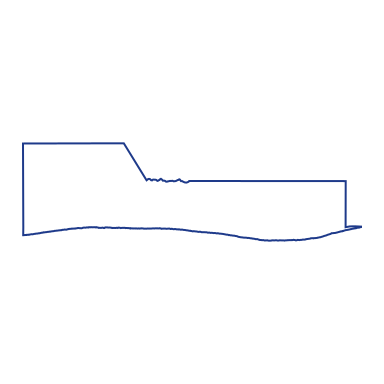 Monte Hermoso, Buenos Aires, Argentina (Albers equal-area conic projection)
{"feature_id": "61730980B48665369642836", "entity_name": "Monte Hermoso", "entity_type": "district", "adm_level": 2, "iso_a3": "ARG", "parent_name": "Argentina", "parent_adm1": "Buenos Aires", "projection": "albers", "projection_center": [-61.254, -38.957], "detail": "fine", "context": "isolated", "style": "outline", "palette": "blue", "viewbox_px": 384, "rotation_deg": 0, "n_neighbors": 0, "source": "geoboundaries", "source_scale": "gbopen_adm2", "svg_char_len": 5905}
<svg xmlns="http://www.w3.org/2000/svg" viewBox="0 0 384 384"><path d="M23.0,143.5L23.3,227.6L23.2,235.2L23.7,235.2L24.0,235.0L24.8,235.1L25.3,235.0L26.6,235.0L26.8,234.8L28.4,234.8L28.5,234.7L29.0,234.8L29.7,234.6L30.1,234.4L30.7,234.4L31.7,234.2L32.5,234.3L33.1,234.2L34.2,233.9L34.6,233.9L35.4,233.8L35.9,233.6L37.0,233.6L37.4,233.5L37.9,233.5L38.1,233.4L39.1,233.2L39.4,233.3L41.7,232.7L42.0,232.8L42.4,232.6L43.5,232.5L43.7,232.3L44.2,232.4L46.2,232.1L46.7,232.1L47.4,231.9L48.9,231.8L49.3,231.6L50.1,231.7L50.6,231.5L51.4,231.4L52.0,231.3L53.9,231.1L54.5,230.9L54.8,230.8L55.9,230.8L56.8,230.6L57.7,230.6L58.6,230.4L59.1,230.4L60.2,230.2L61.0,230.3L61.3,230.1L61.5,230.1L62.4,229.8L62.8,229.9L63.1,229.8L64.2,229.7L64.7,229.5L65.4,229.6L66.0,229.7L66.7,229.6L67.1,229.4L67.7,229.3L68.1,229.1L68.3,229.0L68.9,229.1L69.4,228.9L70.1,228.9L70.6,228.8L71.3,228.8L71.7,228.6L72.4,228.7L72.6,228.6L73.8,228.6L74.3,228.6L74.6,228.5L75.2,228.6L76.0,228.3L76.8,228.3L77.9,228.0L78.5,228.0L79.1,228.1L79.8,228.1L81.2,228.3L82.2,228.1L83.1,227.7L83.8,227.7L84.0,227.6L85.0,227.6L85.7,227.7L86.7,227.4L87.5,227.4L88.1,227.6L88.4,227.5L88.8,227.2L89.6,227.3L89.8,227.2L90.2,227.3L90.4,227.3L90.7,227.2L91.3,227.2L91.9,227.2L92.1,227.3L94.4,227.2L95.7,227.4L96.0,227.2L96.2,227.4L96.5,227.3L98.0,227.5L98.7,227.9L99.4,227.8L100.2,227.9L101.2,227.9L102.1,227.7L102.9,227.7L103.6,228.0L103.9,227.9L104.5,228.0L105.2,227.4L106.9,227.4L107.4,227.4L108.0,227.6L109.2,227.5L110.5,227.6L111.6,227.8L112.0,228.0L112.2,227.9L112.5,228.0L113.4,227.9L113.9,228.0L114.6,227.9L115.9,228.0L116.3,227.8L117.3,227.8L117.8,228.0L118.2,227.7L118.7,227.6L120.0,227.8L120.7,228.1L121.7,227.9L122.9,227.9L123.1,227.8L124.0,227.9L124.3,227.8L125.2,227.9L125.6,228.1L126.0,228.0L126.4,228.0L126.7,228.0L127.6,228.1L128.0,228.0L128.4,228.1L129.7,228.2L130.1,228.5L130.3,228.5L130.4,228.3L130.5,228.2L131.1,228.4L132.0,228.3L132.9,228.5L133.2,228.4L133.5,228.4L133.9,228.5L134.8,228.4L135.5,228.5L135.7,228.4L136.2,228.5L136.7,228.4L137.8,228.6L138.6,228.4L139.6,228.6L140.2,228.4L140.9,228.5L141.5,228.3L141.9,228.4L142.9,228.4L144.0,228.7L145.0,228.6L146.0,228.7L146.8,228.7L147.3,228.5L148.2,228.5L148.7,228.6L149.5,228.6L149.8,228.5L150.9,228.6L151.5,228.5L151.9,228.5L152.6,228.4L153.1,228.4L153.3,228.4L153.8,228.4L154.4,228.5L155.2,228.3L156.3,228.3L156.9,228.4L157.2,228.3L157.7,228.4L159.3,228.4L159.7,228.2L160.5,228.4L161.4,228.8L161.8,228.6L162.9,228.7L163.4,228.6L163.9,228.6L164.1,228.6L165.3,228.6L166.3,228.8L168.5,228.6L169.7,228.6L170.5,229.0L171.1,229.0L171.4,228.8L172.0,228.8L173.4,229.2L174.2,229.2L174.8,229.0L175.8,229.1L176.2,229.3L177.0,229.3L177.8,229.4L178.3,229.5L178.6,229.3L179.1,229.3L180.4,229.7L181.1,229.6L181.6,229.7L181.9,229.6L182.3,229.6L183.4,229.9L185.0,230.0L185.5,230.1L186.5,230.3L187.6,230.4L188.6,230.6L189.3,230.8L190.2,230.7L190.5,230.9L190.9,231.0L191.0,231.0L191.5,231.0L192.4,231.3L193.1,231.3L193.3,231.2L193.9,231.2L195.3,231.4L196.7,231.5L198.4,231.9L199.0,231.9L199.7,231.7L200.5,231.8L201.6,232.2L203.9,232.2L206.6,232.3L207.1,232.4L207.5,232.6L208.2,232.7L208.7,232.6L209.6,232.6L210.4,232.9L211.5,232.8L212.6,232.9L213.4,233.1L215.0,233.0L216.7,233.4L217.3,233.4L217.8,233.2L219.7,233.7L221.0,233.7L221.6,233.8L222.7,233.9L223.7,234.1L224.8,234.3L226.7,234.7L227.7,234.7L228.3,234.9L228.6,235.1L229.4,235.0L230.3,235.3L231.2,235.3L232.7,235.6L234.4,235.7L235.5,236.0L236.5,236.1L237.6,236.4L237.8,236.6L238.3,236.8L241.0,237.3L242.5,237.4L243.3,237.6L246.1,237.7L247.0,237.8L247.6,238.0L248.7,237.9L250.6,238.3L251.6,238.3L252.2,238.5L252.3,238.6L253.0,238.6L254.9,238.9L255.8,239.2L257.3,239.1L257.9,239.3L258.5,239.6L259.5,239.8L259.8,240.0L260.0,240.0L260.4,240.0L261.2,240.0L261.9,240.2L262.2,240.2L262.9,240.1L263.5,240.1L264.0,240.3L264.8,240.5L265.1,240.5L265.4,240.4L266.5,240.4L267.4,240.3L268.1,240.6L269.9,240.7L271.7,240.5L272.0,240.3L273.2,240.3L273.5,240.4L274.9,240.4L276.0,240.2L277.4,240.5L278.8,240.5L279.5,240.3L282.0,240.4L283.5,240.4L284.1,240.5L284.6,240.6L285.0,240.4L287.2,240.3L287.4,240.2L288.6,240.2L289.1,240.1L291.8,240.1L292.0,240.0L292.5,240.1L293.1,240.0L293.5,239.8L294.0,239.9L294.3,240.0L294.9,240.0L295.5,240.3L296.4,240.3L296.9,240.2L297.5,239.9L298.8,240.0L299.4,240.1L300.6,239.9L301.7,239.9L302.6,239.6L304.7,239.6L305.7,239.4L305.9,239.2L306.6,239.1L309.6,238.7L310.2,238.6L310.7,238.3L312.1,238.2L313.5,238.2L313.6,238.3L314.1,238.1L315.4,238.1L315.9,238.0L317.2,237.9L317.9,237.6L318.4,237.6L319.6,237.3L320.6,237.2L321.0,237.0L322.8,236.5L324.0,236.0L326.3,235.4L327.6,234.8L330.3,234.0L330.8,233.8L330.9,233.7L331.6,233.2L332.9,233.2L334.0,233.0L335.0,233.0L335.3,232.9L336.3,232.7L336.5,232.6L337.5,232.4L338.3,232.1L339.3,231.9L339.7,231.7L340.1,231.7L340.7,231.4L341.1,231.4L341.3,231.4L341.6,231.3L342.1,231.3L342.3,231.1L342.5,231.2L343.0,231.0L343.3,231.0L343.6,230.8L345.8,230.1L347.0,230.0L347.6,229.8L348.1,229.8L348.3,229.7L349.9,229.4L350.3,229.2L350.7,229.2L350.8,229.1L351.1,229.1L351.9,228.9L352.2,228.8L353.0,228.7L354.0,228.5L355.6,228.3L356.1,228.1L356.5,228.1L357.0,227.8L357.8,227.7L358.5,227.7L359.0,227.6L359.3,227.4L359.5,227.5L360.0,227.2L360.5,227.2L361.0,227.1L361.0,226.6L354.7,226.3L349.9,226.4L345.6,227.2L345.7,181.1L189.2,181.0L188.6,181.7L187.6,182.2L186.3,182.6L184.7,182.4L183.1,181.7L182.2,181.1L181.0,181.1L179.9,179.6L179.2,179.3L178.5,179.9L177.8,180.0L176.1,180.9L175.5,181.1L173.7,181.3L172.6,180.8L170.8,181.0L170.3,180.9L169.5,181.0L168.5,181.3L168.0,181.3L167.3,181.6L166.6,181.7L166.1,181.7L165.1,180.9L164.7,180.8L164.0,180.6L162.9,180.7L162.1,179.7L160.9,178.8L160.2,179.1L159.7,179.8L159.3,180.1L158.7,180.2L158.2,180.6L157.7,180.9L157.1,180.7L156.4,180.0L155.9,179.8L155.3,179.7L153.1,179.6L152.3,180.0L152.0,180.4L151.1,180.2L150.3,179.4L149.8,179.0L149.0,178.9L148.3,179.0L148.1,179.1L146.6,180.3L146.2,179.7L123.8,143.3L23.0,143.5Z" fill="none" stroke="#1e3a8a" stroke-width="2"/></svg>